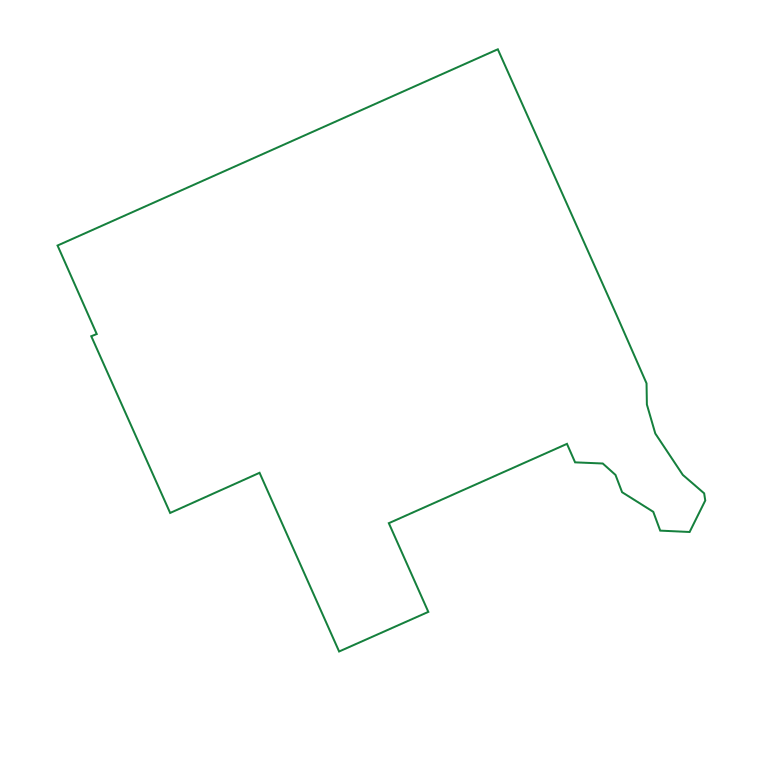 Noble, Oklahoma, United States of America (Natural Earth projection), rotated 66°
{"feature_id": "52423323B27580427525585", "entity_name": "Noble", "entity_type": "district", "adm_level": 2, "iso_a3": "USA", "parent_name": "United States of America", "parent_adm1": "Oklahoma", "projection": "natural_earth1", "projection_center": [-97.077, 36.38], "detail": "fine", "context": "isolated", "style": "outline", "palette": "green", "viewbox_px": 768, "rotation_deg": 66, "n_neighbors": 0, "source": "geoboundaries", "source_scale": "gbopen_adm2", "svg_char_len": 477}
<svg xmlns="http://www.w3.org/2000/svg" viewBox="0 0 768 768"><g transform="rotate(66 384 384)"><path d="M124.7,625.9L221.5,626.1L221.3,632.0L414.8,631.8L414.5,533.8L610.1,533.8L610.2,436.2L513.1,436.2L513.1,355.9L513.1,241.2L533.3,241.3L545.6,216.5L561.2,209.5L579.7,210.5L610.3,190.0L630.3,191.3L643.5,165.0L621.1,137.9L614.1,136.0L588.6,148.0L539.6,156.3L509.7,152.2L490.2,143.9L416.0,143.5L124.5,143.9L124.7,625.9Z" fill="none" stroke="#15803d" stroke-width="2"/></g></svg>